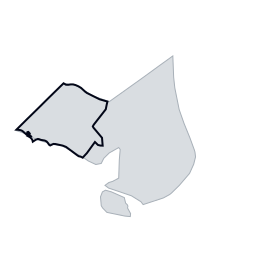 Al Ahmadi on a map of Kuwait (orthographic projection), rotated 136°
{"feature_id": "KWT-1665", "entity_name": "Al Ahmadi", "entity_type": "Province", "adm_level": 1, "iso_a3": "KWT", "parent_name": "Kuwait", "parent_adm1": "", "projection": "orthographic", "projection_center": [48.089, 28.9], "detail": "fine", "context": "in_parent", "style": "outline", "palette": "ink", "viewbox_px": 256, "rotation_deg": 136, "n_neighbors": 0, "source": "natural_earth", "source_scale": "10m", "svg_char_len": 1852}
<svg xmlns="http://www.w3.org/2000/svg" viewBox="0 0 256 256"><g transform="rotate(136 128 128)"><path d="M210.3,204.0L195.2,204.3L176.3,204.6L160.9,204.8L143.6,205.0L136.0,195.6L133.4,185.4L130.7,174.9L123.2,160.0L97.9,156.2L84.5,154.2L62.3,151.1L45.7,148.7L59.9,132.8L66.5,124.3L78.4,105.7L84.5,92.4L90.4,77.7L95.5,66.2L96.6,64.1L99.5,60.3L105.9,56.3L115.2,52.6L130.8,51.1L141.8,51.0L144.2,51.2L151.1,53.1L170.3,62.4L169.9,66.0L172.6,76.8L178.7,88.7L183.7,98.3L184.4,102.7L179.7,102.1L176.2,100.3L169.5,98.4L156.4,111.1L148.5,118.0L148.3,120.4L158.8,123.1L166.5,123.0L171.9,121.1L176.5,124.1L179.5,132.0L180.7,138.3L187.9,161.1L193.8,168.8L201.3,182.4L204.1,189.4L205.7,195.3L210.3,204.0ZM195.6,97.6L190.8,99.8L187.4,98.9L184.3,93.6L179.0,80.5L181.9,75.6L181.8,73.4L182.3,71.9L183.9,70.8L185.6,64.6L187.9,62.7L191.5,66.9L201.8,82.0L201.8,88.2L201.2,90.7L195.6,97.6Z" fill="#d9dde1" stroke="#a8b0b8" stroke-width="1"/><path d="M143.3,204.9L142.6,202.3L141.0,200.6L139.0,199.2L137.2,197.5L135.9,195.3L134.7,192.4L133.9,189.4L133.6,184.0L133.2,181.6L128.5,168.4L124.4,161.3L126.8,159.8L131.0,156.9L150.2,154.2L152.2,153.6L152.6,152.3L153.5,139.0L158.5,132.9L160.1,134.6L161.4,136.7L161.5,140.9L175.0,138.5L180.4,138.2L181.2,138.1L181.9,140.1L183.1,142.0L183.5,144.0L185.7,157.4L187.2,160.7L191.5,167.1L192.8,168.4L196.1,169.5L196.4,170.9L196.0,172.9L195.9,174.9L196.6,176.8L199.0,180.1L199.5,181.3L200.4,182.7L202.4,183.6L206.0,184.3L205.1,185.8L204.8,187.6L204.9,189.4L205.4,191.0L204.1,190.1L203.6,189.7L203.5,190.5L203.6,191.0L204.0,191.4L204.8,191.8L204.2,192.6L203.8,192.8L203.4,192.7L203.1,192.4L202.5,192.4L202.4,194.4L203.2,194.9L204.4,194.3L205.4,193.1L205.6,194.1L206.0,198.9L206.3,200.1L207.0,201.4L208.4,203.2L209.4,204.3L194.1,204.5L178.7,204.6L163.3,204.8L147.9,204.9L143.3,204.9Z" fill="none" stroke="#020617" stroke-width="2"/></g></svg>